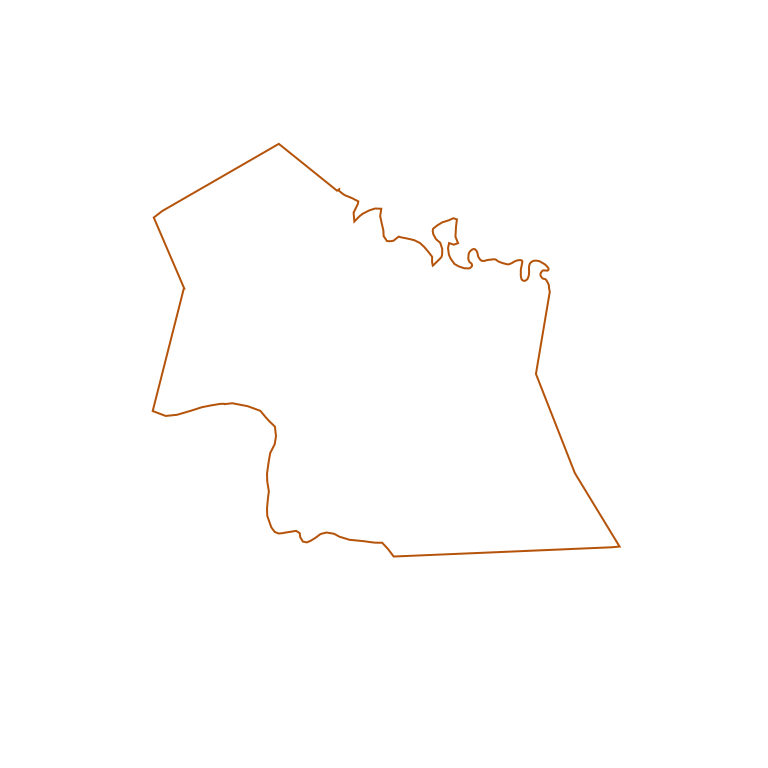 Forest Reserve, Dennery, Saint Lucia (Albers equal-area conic projection), rotated 53°
{"feature_id": "8701671B45291890821133", "entity_name": "Forest Reserve", "entity_type": "district", "adm_level": 2, "iso_a3": "LCA", "parent_name": "Saint Lucia", "parent_adm1": "Dennery", "projection": "albers", "projection_center": [-60.931, 13.977], "detail": "fine", "context": "isolated", "style": "outline", "palette": "amber", "viewbox_px": 768, "rotation_deg": 53, "n_neighbors": 0, "source": "geoboundaries", "source_scale": "gbopen_adm2", "svg_char_len": 5925}
<svg xmlns="http://www.w3.org/2000/svg" viewBox="0 0 768 768"><g transform="rotate(53 384 384)"><path d="M655.6,293.7L570.0,285.2L467.4,256.6L410.5,196.5L410.4,196.2L409.7,195.9L409.3,195.8L408.6,195.4L407.9,195.1L407.2,194.7L406.8,194.5L406.1,194.1L405.7,193.8L405.2,193.5L405.0,193.3L404.5,193.0L404.2,192.9L403.9,192.8L403.6,192.7L402.9,192.5L402.1,192.3L401.5,192.2L400.1,192.1L399.5,192.0L398.8,191.9L398.3,191.9L398.0,191.9L397.7,192.0L397.4,192.1L397.1,192.3L396.9,192.5L396.4,192.9L396.1,193.2L395.8,193.4L395.5,193.6L395.2,193.7L394.7,193.8L394.4,193.9L393.1,193.9L392.6,193.9L392.2,193.8L391.9,193.7L391.5,193.6L391.2,193.5L391.0,193.4L390.5,193.0L390.3,192.8L390.1,192.6L389.8,192.2L389.7,191.9L389.5,191.6L389.5,191.4L389.3,190.9L389.2,190.5L389.0,189.8L389.0,189.4L389.0,189.1L389.0,188.7L389.1,188.4L389.3,188.2L389.7,187.7L390.0,187.4L390.1,187.2L390.7,186.6L390.9,186.4L391.3,185.9L391.6,185.5L391.8,185.2L391.8,184.9L391.9,184.5L391.9,184.2L391.6,183.8L391.5,183.6L391.3,183.5L391.1,183.3L390.9,183.2L390.2,183.0L389.9,183.0L389.3,183.0L388.5,183.0L388.4,183.0L387.8,183.1L387.3,183.1L387.0,183.2L386.7,183.2L386.3,183.3L385.8,183.4L385.2,183.6L384.9,183.7L383.7,184.1L383.3,184.3L382.9,184.5L382.4,184.7L381.7,185.0L381.2,185.2L380.3,185.6L379.9,185.8L379.4,186.1L379.0,186.3L378.6,186.7L378.1,187.2L377.4,187.9L376.8,188.6L376.1,189.6L375.9,189.9L375.8,190.2L375.6,190.6L375.5,190.9L375.4,191.7L375.3,192.1L375.3,192.7L375.3,193.0L375.3,193.5L375.4,194.1L375.5,194.6L375.8,195.2L376.1,195.7L376.4,196.2L376.6,196.5L377.3,197.2L377.7,197.6L378.0,197.9L378.4,198.3L378.8,198.6L379.4,199.0L380.0,199.4L380.3,199.6L381.0,200.1L381.9,200.7L382.4,201.2L382.6,201.4L383.2,201.8L383.3,201.9L383.4,202.0L383.9,202.5L384.4,203.0L385.0,203.8L385.2,204.0L385.4,204.3L385.7,204.8L385.9,205.2L386.0,205.3L386.4,206.1L386.6,206.5L386.6,206.9L386.6,207.5L386.6,207.9L386.6,208.5L386.5,208.9L386.4,209.3L386.2,209.7L385.9,210.1L385.5,210.4L385.2,210.7L384.9,210.8L384.7,210.8L384.3,211.0L383.9,211.0L383.6,211.1L383.2,211.1L382.8,211.0L382.5,210.9L382.2,210.7L381.2,210.3L380.4,209.9L380.0,209.6L379.6,209.4L378.6,208.7L377.8,208.0L377.5,207.8L376.1,206.7L375.8,206.5L375.0,205.9L374.2,205.0L373.8,204.5L373.6,204.4L373.1,203.8L373.0,203.6L372.2,202.8L371.9,202.4L371.1,201.5L371.0,201.4L370.6,201.0L370.1,200.4L369.9,200.2L369.6,200.0L369.5,199.9L369.3,199.8L369.2,199.7L368.8,199.6L368.6,199.6L368.2,199.6L367.9,199.8L367.5,200.2L367.3,200.4L366.9,200.8L366.7,201.2L366.5,201.4L366.0,202.2L365.6,203.0L365.4,203.4L365.3,203.7L365.1,204.4L365.0,204.7L364.8,205.6L364.6,206.5L364.5,207.1L364.5,207.3L364.5,207.9L364.5,208.1L364.4,208.8L364.3,209.3L364.2,209.7L364.2,210.1L364.0,210.5L363.9,210.9L363.7,211.7L363.5,212.2L363.4,212.5L363.2,212.8L363.0,213.0L362.8,213.2L362.6,213.6L362.3,213.8L361.8,214.2L361.6,214.3L361.4,214.5L360.9,214.9L360.5,215.1L360.2,215.5L359.8,215.8L358.2,216.9L357.8,217.2L357.0,217.7L356.3,218.1L355.7,218.5L355.3,218.8L354.7,219.0L354.2,219.2L352.3,219.7L351.9,219.9L351.5,220.1L351.3,220.3L351.0,220.5L350.9,220.7L350.5,221.3L349.8,222.3L349.6,222.7L349.1,223.7L348.9,224.0L348.3,224.9L347.8,225.7L347.2,226.9L346.9,227.6L346.8,227.8L346.7,228.1L346.6,228.6L346.4,229.0L346.2,229.5L345.9,230.1L345.5,230.6L345.0,231.2L344.8,231.5L344.5,231.6L344.2,231.8L343.6,232.0L343.4,232.2L343.3,232.3L341.8,232.3L341.5,232.3L341.2,232.3L340.8,232.3L340.3,232.3L339.7,232.2L339.1,232.1L338.6,231.9L338.1,231.7L337.8,231.6L336.6,231.0L336.2,230.8L335.7,230.6L335.1,230.4L334.8,230.3L334.3,230.1L334.1,230.1L333.7,230.0L333.3,230.0L333.1,230.0L332.6,230.0L331.9,230.1L331.6,230.1L330.9,230.4L330.7,230.6L330.3,231.0L330.2,231.2L330.1,231.4L329.9,231.7L329.8,232.2L329.7,232.7L329.7,233.0L329.7,233.6L329.7,234.5L329.8,235.0L330.0,235.9L330.2,236.5L330.3,236.8L330.7,237.5L331.0,237.9L331.1,238.1L331.4,238.4L331.9,238.9L332.0,239.0L332.4,239.3L332.6,239.5L333.6,240.4L334.0,240.7L334.2,240.9L334.4,241.1L334.9,241.4L335.1,241.5L335.4,241.6L336.1,241.8L336.8,242.1L337.2,242.2L337.4,242.2L338.5,242.2L338.8,242.1L339.0,242.0L339.7,241.8L340.0,241.8L340.2,241.7L340.7,241.7L341.2,241.8L341.5,241.9L341.9,242.1L342.2,242.2L342.4,242.4L342.6,242.7L342.8,242.9L342.8,243.1L342.9,243.3L343.0,243.5L343.0,243.9L343.1,244.3L343.1,244.9L343.1,245.3L343.1,245.8L343.0,246.1L342.9,246.3L342.6,246.7L342.5,247.0L342.4,247.2L341.9,247.8L341.3,248.4L340.8,249.0L340.5,249.4L340.4,249.5L340.1,250.1L334.8,253.7L330.4,255.5L323.9,255.3L319.9,254.4L314.0,251.1L310.6,247.2L314.7,244.5L316.1,240.1L309.4,238.3L301.8,231.9L296.4,226.7L293.3,228.9L292.4,233.3L290.0,240.1L289.4,245.9L289.5,251.2L290.9,252.9L294.0,254.5L299.6,255.3L305.1,254.1L311.2,256.2L315.9,259.9L317.3,261.9L318.1,267.6L318.5,270.8L318.8,272.7L318.8,273.8L315.8,272.4L311.4,269.0L305.7,269.0L298.8,269.4L293.1,270.4L287.3,273.3L281.8,277.9L276.8,282.4L275.1,283.7L275.3,290.1L273.8,293.1L271.6,295.6L265.7,295.3L261.0,292.1L253.6,288.8L247.6,286.0L242.4,280.7L238.5,285.5L236.5,291.2L235.2,298.7L235.3,302.8L236.4,309.9L228.9,305.2L224.5,296.6L222.7,294.6L216.1,297.8L209.9,301.5L207.9,302.3L202.7,303.7L201.5,302.7L201.3,305.2L128.9,323.5L112.4,456.9L112.5,467.3L112.5,467.7L187.7,486.1L187.5,486.7L266.4,585.0L278.1,577.6L284.0,567.9L285.9,562.9L289.4,553.6L292.9,543.5L297.2,534.6L301.3,526.8L303.6,523.6L304.1,523.5L308.1,516.7L319.6,506.3L325.6,502.4L331.0,498.9L339.3,498.5L344.7,498.0L352.4,496.8L360.6,501.6L366.3,507.5L370.7,516.5L376.9,523.1L385.2,531.4L391.6,535.9L400.5,540.6L403.7,543.8L407.3,547.2L413.3,552.6L419.1,556.6L423.5,558.0L430.8,560.3L436.3,560.3L439.9,558.2L441.9,555.1L443.1,552.6L448.4,542.6L452.4,541.1L456.0,543.1L461.1,543.6L464.1,540.9L465.1,536.7L465.6,531.3L465.6,525.0L467.9,519.5L468.2,519.1L473.6,514.0L479.3,511.4L482.8,508.8L487.8,505.2L491.6,501.0L497.5,494.6L503.1,489.0L504.7,487.3L505.6,486.3L509.7,481.0L518.4,480.1L527.6,480.1L651.3,300.6L655.6,293.7Z" fill="none" stroke="#b45309" stroke-width="2"/></g></svg>